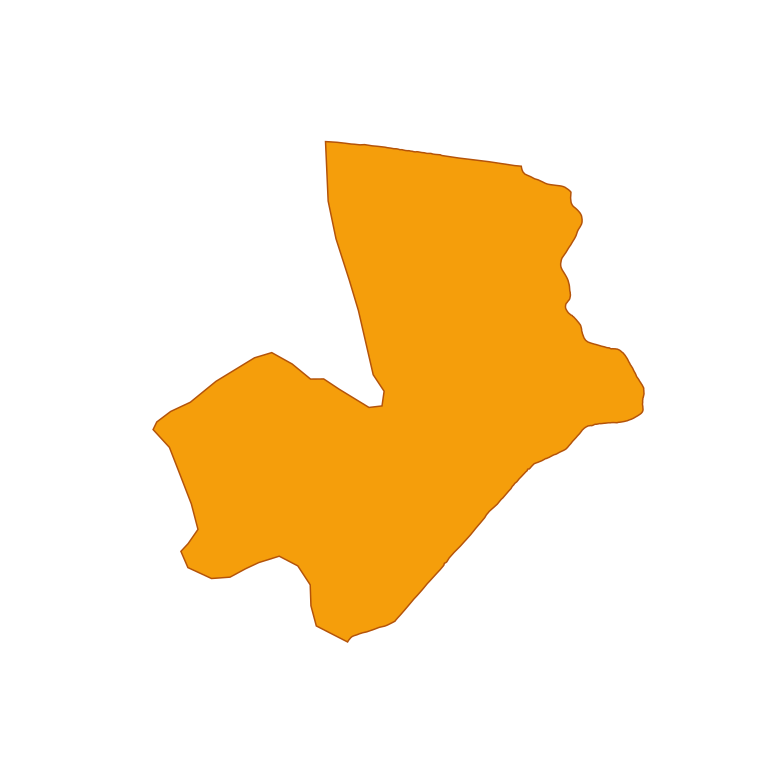 Paso Carrasco, Canelones, Uruguay (Mercator projection), rotated 223°
{"feature_id": "84410073B40215071116328", "entity_name": "Paso Carrasco", "entity_type": "district", "adm_level": 2, "iso_a3": "URY", "parent_name": "Uruguay", "parent_adm1": "Canelones", "projection": "mercator", "projection_center": [-56.043, -34.847], "detail": "fine", "context": "isolated", "style": "filled", "palette": "amber", "viewbox_px": 768, "rotation_deg": 223, "n_neighbors": 0, "source": "geoboundaries", "source_scale": "gbopen_adm2", "svg_char_len": 5475}
<svg xmlns="http://www.w3.org/2000/svg" viewBox="0 0 768 768"><g transform="rotate(223 384 384)"><path d="M234.7,170.5L235.1,172.4L235.3,175.7L235.1,177.5L234.3,179.4L232.8,182.0L231.7,184.4L229.9,187.6L227.6,190.9L223.6,198.5L221.5,202.8L218.3,207.5L217.1,210.0L215.2,215.1L214.2,218.0L214.4,219.7L214.5,222.8L214.5,225.1L214.6,228.7L214.9,235.9L215.1,239.8L215.5,247.1L215.5,252.0L215.6,256.4L215.7,259.6L216.2,267.6L216.2,273.0L216.3,281.4L216.3,286.4L216.6,292.1L217.6,294.1L217.0,295.4L216.8,296.7L217.7,301.2L217.9,308.5L217.6,317.6L217.7,322.5L217.8,328.9L217.9,333.1L218.5,341.2L218.7,345.3L218.8,348.3L219.2,355.1L219.8,357.6L220.0,359.8L220.0,361.4L220.2,362.3L219.8,366.7L219.6,368.5L219.4,371.0L219.2,373.3L219.5,377.7L219.6,379.7L219.4,381.8L219.5,383.9L219.8,391.2L219.8,394.1L220.4,396.7L220.3,398.4L220.6,400.5L220.2,403.1L220.5,407.0L220.4,410.1L220.4,412.6L220.4,416.5L220.2,418.2L220.4,418.8L220.8,419.4L220.6,420.2L219.9,420.8L219.8,421.9L219.9,424.0L219.9,425.7L219.8,428.2L219.1,429.6L218.6,430.7L218.1,431.5L217.4,433.1L216.8,434.3L216.2,435.7L215.6,437.5L215.2,438.8L214.9,439.8L214.3,440.4L213.9,441.5L213.2,443.0L212.9,444.0L212.4,445.4L211.8,447.2L211.3,448.4L210.6,449.5L210.1,450.5L209.8,451.5L209.5,452.4L209.1,453.7L208.1,456.2L207.4,457.9L207.0,459.1L206.6,460.5L206.5,462.7L206.6,464.0L206.7,465.9L206.7,467.4L206.8,468.7L207.0,470.5L207.0,472.6L207.0,474.1L207.0,476.2L207.1,477.3L207.1,478.8L207.1,480.1L207.1,481.3L207.2,482.1L207.4,484.3L207.6,485.6L207.5,486.6L207.4,488.3L207.0,490.1L206.3,492.1L205.9,492.9L205.1,493.8L204.4,494.7L203.9,495.0L203.7,495.2L203.1,496.2L202.6,497.6L202.1,498.6L201.3,499.3L200.7,500.1L200.1,500.9L199.5,501.9L198.7,502.6L197.9,503.4L196.5,505.1L195.4,506.3L193.4,508.7L191.9,510.1L191.3,510.9L189.9,512.3L188.6,513.4L187.5,514.3L187.0,514.8L186.7,515.5L185.3,517.1L184.5,518.1L183.9,518.9L182.7,520.5L181.8,521.9L181.1,522.9L180.5,524.2L180.0,525.3L179.5,526.2L179.0,527.1L178.6,528.2L178.4,528.6L177.9,530.1L177.5,531.6L176.9,533.4L176.5,535.0L176.1,536.7L175.9,538.1L176.0,539.6L176.3,540.6L176.9,541.7L177.6,542.4L178.3,543.0L179.0,543.7L179.8,544.4L180.5,544.9L181.3,545.6L182.3,547.0L183.6,548.3L184.1,549.1L184.8,549.9L185.4,551.2L186.1,552.4L186.8,553.6L187.4,554.4L188.3,555.2L189.1,556.0L189.8,556.7L190.7,557.4L191.0,557.9L192.0,558.5L193.0,558.7L193.8,559.1L194.8,559.4L196.2,559.7L197.4,560.1L198.6,560.3L199.6,560.6L200.7,561.0L201.8,561.2L202.7,561.4L203.9,561.6L204.8,561.9L205.5,562.3L206.6,562.8L207.9,563.3L209.3,563.7L210.7,564.2L211.9,564.7L213.1,565.2L214.4,565.5L215.8,565.9L217.0,566.1L218.4,566.7L219.9,567.1L221.4,567.7L223.0,568.3L224.5,568.7L225.8,569.0L227.3,569.4L228.5,569.5L230.0,569.8L231.5,569.6L232.8,569.6L233.9,569.5L234.9,569.4L236.1,569.0L237.2,568.6L238.0,568.0L238.9,567.4L239.8,566.6L240.9,565.7L241.8,564.7L243.1,564.2L243.8,564.1L245.1,563.1L245.8,562.6L246.6,562.2L247.8,561.7L249.0,561.0L250.9,559.9L253.0,558.9L254.4,558.2L255.8,557.5L257.2,556.7L258.6,556.0L260.0,555.3L261.1,554.8L262.3,554.3L263.5,553.8L265.1,553.6L266.5,553.5L267.7,553.8L269.1,554.1L270.5,554.8L271.9,555.5L273.5,556.3L274.4,557.0L275.2,557.4L275.7,557.7L276.7,558.7L277.8,559.5L279.1,560.3L280.1,560.9L281.0,561.2L282.3,561.4L283.7,561.7L285.1,561.8L286.9,562.1L288.6,562.2L289.8,562.3L291.1,562.4L292.2,562.2L293.1,562.4L294.5,561.9L295.6,561.9L296.6,561.8L297.8,561.8L299.3,562.1L300.5,562.4L301.4,562.7L302.9,563.3L304.1,564.4L305.2,565.9L305.7,567.2L305.7,568.4L305.9,569.9L306.0,570.9L306.0,572.1L306.4,573.2L307.0,574.2L307.6,575.2L308.4,576.3L309.3,577.0L310.2,577.9L311.7,578.9L315.1,582.0L316.4,583.0L318.2,584.1L319.7,585.1L321.6,586.0L323.5,586.7L326.4,587.6L329.7,588.5L331.3,588.9L332.8,589.5L334.3,590.2L335.6,591.2L336.8,592.4L337.9,594.1L339.0,595.8L339.7,597.5L340.0,599.4L340.7,604.4L341.4,607.6L341.9,610.1L342.3,613.1L343.0,616.1L343.9,620.6L344.7,623.4L345.6,625.4L346.5,627.3L347.2,629.5L347.8,632.8L348.6,635.7L349.6,637.5L351.3,639.4L352.8,640.6L354.1,641.6L355.7,642.3L357.4,642.8L359.9,643.1L361.7,643.2L363.6,643.2L365.0,643.1L366.4,643.0L367.7,643.1L369.1,643.5L370.7,644.2L372.0,645.2L373.4,646.4L374.5,647.4L375.7,648.9L377.1,650.6L378.1,651.8L380.0,652.0L381.9,651.9L383.8,651.6L385.8,651.3L387.4,650.7L389.3,649.7L390.8,648.7L393.1,647.0L395.6,645.2L398.1,643.4L400.6,641.8L402.9,640.8L405.7,640.0L410.6,638.4L413.8,636.8L418.0,635.7L421.9,634.3L424.2,633.6L427.2,633.9L429.5,635.0L431.4,636.3L432.1,636.9L433.2,636.1L437.3,632.9L459.2,617.9L473.5,607.5L483.5,600.2L497.6,590.5L499.2,590.0L500.7,588.8L503.2,586.8L505.1,585.5L507.0,584.6L509.9,581.9L511.9,580.8L512.9,580.1L514.0,579.2L515.1,578.5L517.5,577.0L518.4,576.3L519.4,575.1L520.7,574.2L522.2,573.4L523.2,572.6L524.8,571.7L526.2,570.4L527.7,569.3L530.7,567.6L532.2,566.2L533.7,565.5L535.2,564.6L537.4,562.7L540.1,561.0L543.0,558.9L543.8,558.5L544.9,557.8L551.0,553.3L555.1,550.1L558.1,548.1L561.5,545.8L564.7,542.5L569.0,539.3L571.7,537.1L576.2,533.9L583.1,528.8L588.0,524.8L592.1,521.4L549.6,479.7L518.2,457.5L480.4,436.4L452.7,420.2L398.2,383.4L379.0,378.8L370.5,366.6L379.0,356.6L413.3,349.6L431.5,346.6L441.1,337.5L464.8,336.0L487.5,330.4L496.6,314.8L508.7,271.4L513.2,238.6L521.3,218.4L524.3,201.3L521.8,193.2L497.7,191.3L470.3,178.1L443.1,164.9L420.9,150.8L418.4,133.7L418.4,123.1L402.2,116.0L377.5,124.1L364.9,137.7L359.3,154.3L353.8,168.0L343.2,186.6L323.0,192.2L301.0,186.8L286.2,172.0L268.5,160.9L253.3,165.2L234.7,170.5Z" fill="#f59e0b" stroke="#b45309" stroke-width="1.5"/></g></svg>